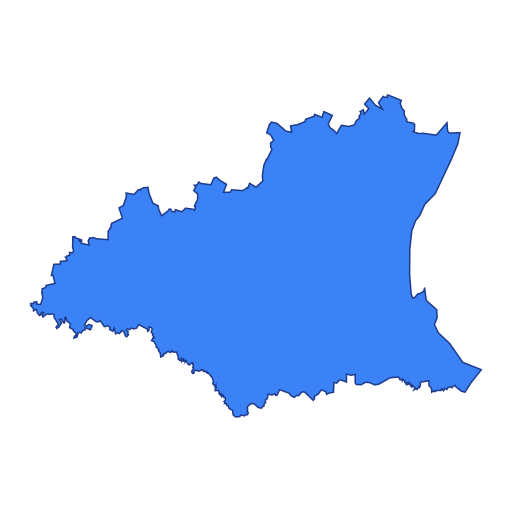 outline of Gert Sibande, Mpumalanga, South Africa
{"feature_id": "47623444B27645248540404", "entity_name": "Gert Sibande", "entity_type": "district", "adm_level": 2, "iso_a3": "ZAF", "parent_name": "South Africa", "parent_adm1": "Mpumalanga", "projection": "natural_earth1", "projection_center": [29.797, -26.609], "detail": "fine", "context": "isolated", "style": "filled", "palette": "blue", "viewbox_px": 512, "rotation_deg": 0, "n_neighbors": 0, "source": "geoboundaries", "source_scale": "gbopen_adm2", "svg_char_len": 6014}
<svg xmlns="http://www.w3.org/2000/svg" viewBox="0 0 512 512"><path d="M356.3,384.5L361.1,384.7L365.8,382.2L370.0,382.7L374.7,384.9L379.1,384.1L390.0,377.8L398.5,377.0L400.1,379.8L401.9,379.0L402.3,381.0L403.4,379.7L405.2,381.3L404.8,382.4L406.1,383.4L406.4,384.7L408.4,384.3L408.6,383.4L407.5,382.5L409.1,382.2L410.3,384.7L411.3,384.3L412.0,385.0L411.0,385.7L412.4,385.8L411.9,386.9L413.7,386.4L414.9,387.7L414.0,389.7L415.2,388.9L417.2,389.4L417.4,388.2L419.3,387.7L419.0,386.6L419.8,386.9L420.3,385.6L420.5,382.2L428.9,380.8L429.0,385.4L431.4,388.3L431.8,392.2L433.8,390.7L434.9,391.7L437.0,390.4L440.8,390.5L441.7,388.7L443.5,390.8L445.0,388.3L446.9,389.5L447.9,387.7L450.1,386.8L452.1,387.7L452.9,386.3L455.1,385.3L455.4,386.4L461.3,391.2L465.0,392.2L470.8,383.0L481.3,369.7L462.8,362.4L449.6,343.4L438.3,332.8L434.4,324.7L437.1,317.8L436.7,309.7L426.9,301.0L426.1,299.5L424.6,287.6L423.9,290.9L420.1,293.6L418.1,293.7L414.7,297.5L412.9,298.2L411.3,294.6L410.7,288.2L409.6,274.5L409.8,249.3L411.8,230.5L415.7,220.5L419.7,215.6L424.8,204.3L435.2,193.7L451.6,158.8L457.9,143.6L460.0,132.6L449.4,133.1L447.6,131.1L447.0,122.8L436.3,135.1L423.2,133.3L418.7,133.6L413.1,131.6L414.4,130.5L414.7,124.6L413.4,123.2L407.4,122.0L406.4,120.8L406.9,119.9L404.2,115.0L404.2,110.6L402.3,108.9L400.2,103.6L401.3,100.4L388.5,95.2L387.3,95.1L387.3,97.3L384.3,97.2L383.2,96.4L378.5,102.6L382.4,109.1L375.3,105.2L369.5,98.1L364.6,104.1L368.8,108.7L364.2,114.2L363.4,109.8L360.1,111.5L361.2,113.4L359.0,116.4L359.9,117.8L356.2,120.8L354.5,124.8L348.8,126.5L341.4,125.3L336.6,133.6L333.6,130.1L329.9,127.6L328.3,123.8L332.3,115.4L323.9,111.6L322.0,117.4L314.6,114.4L314.3,116.2L305.7,119.2L304.9,121.7L297.4,124.7L290.5,125.9L291.7,132.2L285.9,131.1L276.9,123.3L271.4,122.1L269.4,124.5L266.7,132.8L270.7,135.0L273.7,140.5L270.6,143.0L270.7,147.3L272.0,149.3L266.7,159.9L266.3,159.5L263.8,165.6L262.3,176.1L262.9,180.8L256.1,187.2L249.6,183.3L248.1,187.7L246.9,187.6L246.9,188.3L242.5,190.6L231.5,189.8L230.3,192.2L226.7,192.3L223.5,192.3L226.5,184.3L219.4,180.0L216.5,177.2L213.9,177.9L210.9,184.7L200.8,183.5L198.9,182.0L196.9,185.0L194.3,185.3L195.7,186.8L193.8,190.7L197.7,194.1L197.6,199.2L194.4,206.2L195.5,207.0L194.5,210.3L193.0,209.2L185.5,208.2L181.9,211.8L175.4,209.7L175.3,211.7L172.1,211.7L170.6,209.1L168.9,209.3L168.3,210.8L161.5,215.7L158.5,208.7L158.3,205.9L152.8,203.1L149.0,193.3L148.0,187.3L143.2,187.8L140.7,189.3L140.6,190.2L138.7,189.5L134.0,194.4L126.1,193.0L126.3,197.0L123.3,205.5L119.0,207.9L122.4,218.2L111.8,223.2L110.9,225.3L111.3,227.3L110.4,227.6L108.2,231.3L108.0,239.7L96.8,238.8L92.8,237.5L91.0,238.4L89.8,237.8L88.2,240.9L89.3,244.9L81.3,243.4L81.6,240.0L80.6,239.7L80.2,241.3L79.0,240.9L79.7,239.3L75.2,237.7L74.9,236.6L72.8,236.8L72.6,247.7L73.6,250.4L72.9,252.7L69.5,252.5L69.9,255.1L66.7,256.1L66.2,257.7L65.7,257.5L67.3,260.7L60.3,261.4L60.4,264.1L53.9,264.3L51.4,275.5L53.0,275.3L55.0,283.4L46.2,285.4L45.5,287.6L42.0,288.9L42.3,292.4L41.8,292.4L42.8,297.6L40.6,304.5L36.7,304.1L36.8,301.8L33.7,302.2L33.5,303.7L30.7,303.5L31.5,305.3L30.8,305.5L33.5,308.7L33.5,310.8L36.4,309.3L37.5,313.2L39.4,315.5L40.8,314.6L41.2,312.7L42.4,312.2L43.8,312.8L42.1,314.7L42.9,317.0L47.0,313.9L50.0,314.4L52.4,313.7L54.0,314.6L54.1,317.3L58.4,324.2L56.1,327.2L56.8,328.5L58.8,327.1L61.7,322.8L59.5,319.8L60.6,319.0L61.7,319.6L64.1,323.0L64.8,322.5L64.5,321.2L65.3,319.4L64.5,318.3L65.6,317.2L66.8,320.9L70.4,323.7L69.5,327.6L73.0,329.4L73.5,331.0L76.3,333.5L75.8,335.6L74.4,336.2L74.0,338.1L77.0,337.0L78.1,333.1L79.2,332.4L81.3,332.9L82.8,330.4L85.1,329.8L85.0,327.6L90.4,329.8L92.1,325.9L91.7,325.3L88.7,324.5L86.4,326.2L84.5,324.9L87.0,320.5L90.5,317.6L96.2,321.7L98.7,321.8L100.3,320.6L104.1,326.4L105.2,326.7L106.9,325.7L109.2,326.7L110.1,327.7L109.6,329.5L112.8,331.3L114.3,328.2L115.6,333.8L117.4,332.8L119.3,333.6L122.1,330.6L123.9,331.8L125.4,336.0L126.7,336.8L128.5,334.7L127.8,333.8L128.1,331.4L126.2,330.6L127.4,328.5L129.5,329.7L131.4,328.1L133.5,328.9L136.5,328.2L138.7,324.6L147.3,329.1L147.9,331.3L149.0,330.2L149.0,327.0L151.5,327.6L152.2,329.2L151.2,332.2L152.9,333.8L152.5,334.9L154.3,337.5L153.7,338.3L153.0,337.8L151.6,340.7L154.0,341.5L156.1,345.3L156.1,346.9L158.8,349.5L158.4,350.7L160.2,353.0L160.7,357.0L162.6,356.3L162.9,354.9L163.7,355.1L163.8,353.5L165.8,353.4L167.0,351.8L168.6,351.5L169.8,352.4L171.6,351.8L171.9,350.7L173.6,352.1L176.6,352.1L178.3,357.2L178.2,359.0L179.5,359.0L178.9,359.5L179.9,360.6L181.1,360.2L181.4,361.0L182.0,358.7L182.4,359.7L183.2,359.3L182.8,360.5L183.5,360.1L183.2,361.7L183.8,360.5L183.9,361.2L185.2,361.1L185.2,361.9L185.7,361.1L185.2,360.6L185.9,360.3L188.0,364.1L189.2,364.9L192.3,362.7L193.1,363.3L192.6,365.3L193.2,364.6L193.5,366.3L192.7,367.5L193.6,368.3L191.7,371.3L192.5,373.4L193.7,373.4L194.3,370.7L197.1,370.4L198.3,371.2L201.0,370.2L200.9,371.0L201.4,369.7L202.8,369.7L203.4,371.4L205.0,371.1L206.2,372.3L207.0,371.7L207.5,373.2L208.2,372.9L212.2,377.7L213.5,381.6L212.8,382.7L213.1,384.4L214.8,385.8L215.6,384.9L215.2,386.9L216.2,386.6L216.1,388.0L215.4,388.4L215.1,390.7L218.1,390.4L219.5,392.1L218.9,393.0L219.4,394.2L220.6,395.1L220.4,393.9L221.2,393.8L222.2,394.8L221.5,395.4L221.7,396.8L223.3,395.6L224.1,397.7L225.4,397.7L225.4,400.3L224.0,401.5L225.1,402.2L224.5,403.5L226.5,403.7L226.7,405.3L227.9,405.4L229.2,408.6L232.6,410.4L233.1,414.8L235.4,416.9L239.8,416.6L240.7,415.1L244.5,415.8L245.6,414.7L247.6,414.7L248.3,412.5L247.0,411.4L247.7,409.7L247.2,407.0L250.7,403.7L254.0,403.7L258.2,407.5L261.6,408.2L262.1,407.1L263.9,406.1L264.3,403.4L265.6,402.8L265.4,399.9L267.2,398.6L268.2,394.1L272.0,395.0L274.8,393.7L275.6,395.3L276.9,395.3L279.6,389.7L288.7,393.0L291.2,395.8L294.3,397.4L296.4,395.5L298.8,395.5L302.0,391.8L304.8,392.2L313.2,400.3L314.6,398.6L314.2,396.5L318.3,394.0L321.3,389.8L325.8,391.7L326.7,394.4L328.5,393.2L333.5,392.2L333.9,382.5L336.8,383.1L339.1,380.3L340.7,379.9L346.4,382.0L346.5,374.1L351.0,375.2L355.2,374.5L355.2,382.6L356.3,384.5Z" fill="#3b82f6" stroke="#1e3a8a" stroke-width="1.5"/></svg>